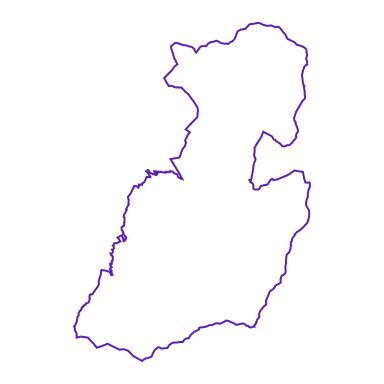 the district of Jidvei, Alba, Romania
{"feature_id": "2599482B43900513786531", "entity_name": "Jidvei", "entity_type": "district", "adm_level": 2, "iso_a3": "ROU", "parent_name": "Romania", "parent_adm1": "Alba", "projection": "albers", "projection_center": [24.101, 46.229], "detail": "fine", "context": "isolated", "style": "outline", "palette": "violet", "viewbox_px": 384, "rotation_deg": 0, "n_neighbors": 0, "source": "geoboundaries", "source_scale": "gbopen_adm2", "svg_char_len": 5966}
<svg xmlns="http://www.w3.org/2000/svg" viewBox="0 0 384 384"><path d="M254.5,326.7L254.5,325.0L255.5,324.2L256.0,322.6L256.4,322.7L256.7,321.7L256.8,320.2L259.5,316.6L259.1,315.7L259.3,313.2L260.1,311.3L262.9,307.5L264.4,305.9L266.1,304.6L266.0,300.5L268.6,294.6L269.7,291.5L273.6,288.7L274.8,287.1L275.0,286.2L276.2,285.1L279.5,283.5L280.8,282.4L280.5,281.1L280.6,279.3L281.6,275.9L283.9,274.6L285.1,273.4L285.7,271.9L285.3,266.4L286.0,263.4L286.2,257.1L286.8,254.5L289.4,252.2L289.5,251.0L290.0,250.2L290.5,248.6L290.8,246.0L291.1,245.5L291.1,245.1L290.7,244.7L291.1,241.8L291.6,241.6L292.4,238.3L294.7,235.1L295.1,234.0L296.7,232.2L300.0,230.1L302.9,227.5L307.1,223.1L308.1,220.5L309.2,215.6L309.2,210.8L306.3,205.8L306.2,204.5L305.9,203.6L306.9,198.7L307.5,197.8L307.9,196.2L307.7,194.5L308.6,189.5L309.8,187.2L309.9,184.0L309.4,182.4L307.7,182.7L305.4,182.5L304.0,177.9L302.9,171.9L294.9,170.7L294.6,170.5L287.9,175.0L277.0,179.5L273.5,180.1L272.2,178.8L271.3,179.1L269.2,181.7L268.3,183.5L267.6,184.3L266.1,185.0L265.2,184.9L260.8,186.1L260.1,187.0L259.7,188.3L259.2,189.0L258.0,189.6L256.7,189.4L255.1,189.6L254.3,189.4L253.5,188.7L253.3,187.7L253.4,186.2L252.9,183.9L252.0,182.9L251.0,182.6L250.0,181.6L249.5,180.4L249.5,179.8L251.1,180.2L253.3,168.5L253.3,166.5L254.2,162.5L255.1,161.0L255.5,159.5L255.3,158.3L254.3,156.1L254.2,154.3L254.7,150.8L254.5,147.4L255.3,146.7L255.9,145.3L261.1,137.3L263.3,131.8L271.9,136.3L273.6,139.3L275.2,140.0L276.0,141.0L280.2,143.7L282.5,146.3L284.4,146.3L285.9,145.9L287.1,145.2L289.0,145.2L289.7,144.9L292.2,142.6L293.2,141.0L294.5,139.9L296.1,137.6L296.2,137.3L296.0,135.7L296.2,134.8L296.7,133.4L297.9,131.7L298.0,130.9L297.4,128.0L295.5,123.4L295.7,122.4L294.2,120.1L294.1,117.6L294.8,115.9L296.0,112.0L302.7,100.5L304.3,99.2L304.9,98.3L305.2,97.1L305.1,96.4L304.6,94.4L304.8,92.3L303.8,86.3L304.3,85.9L303.5,84.9L302.7,81.6L302.5,78.7L301.9,75.3L303.2,69.8L303.5,69.4L304.2,66.9L306.1,65.0L307.3,64.5L306.8,60.5L306.4,59.8L306.2,58.5L307.2,55.0L306.5,53.1L306.6,51.0L306.3,49.5L305.4,48.3L303.3,46.9L298.5,45.1L297.0,44.9L296.5,44.6L294.7,42.3L287.4,38.8L285.0,34.0L282.8,31.8L281.8,30.2L279.8,27.8L278.3,26.8L275.6,27.2L270.8,25.4L268.2,25.8L266.3,25.7L262.9,24.7L260.0,23.3L257.9,23.0L249.4,24.4L247.6,26.5L246.4,27.6L245.7,28.5L244.0,29.3L243.4,29.0L242.3,29.6L241.2,29.4L238.4,30.8L237.8,31.3L237.2,32.3L236.0,35.7L234.4,39.3L232.6,41.1L229.9,42.5L228.1,44.0L226.7,43.6L224.3,43.7L220.7,43.0L218.5,41.5L216.2,40.7L213.4,41.8L211.3,41.9L208.4,43.3L206.2,46.1L201.8,46.2L200.4,46.8L196.2,52.5L195.7,52.3L193.9,48.7L191.7,46.9L189.1,46.5L188.3,46.0L185.7,45.3L183.5,45.2L178.4,43.4L175.8,42.9L174.6,43.2L170.9,46.5L171.7,50.2L172.5,51.9L174.2,58.3L175.2,59.7L176.2,62.1L177.4,64.2L174.2,66.9L171.9,70.3L164.2,78.0L167.3,83.8L168.9,86.1L170.2,85.8L171.3,85.9L172.9,86.2L174.0,87.0L176.4,87.5L177.5,87.2L178.7,87.6L180.5,87.4L181.6,87.7L181.9,88.3L182.5,88.6L185.4,91.8L188.7,94.6L194.4,102.6L196.9,106.6L197.7,108.5L198.0,110.7L197.6,113.1L197.4,116.5L197.2,117.2L188.1,126.6L185.7,129.4L189.8,132.2L188.6,133.6L185.5,139.4L185.1,140.9L186.0,142.6L184.8,146.4L183.8,147.4L183.3,148.0L183.2,148.5L182.6,149.1L181.2,152.4L181.0,153.5L179.8,156.5L179.8,157.0L179.3,157.5L170.5,159.1L180.4,175.3L181.1,177.5L182.1,178.3L182.4,179.1L178.8,177.7L178.0,176.7L177.1,174.4L174.0,173.1L172.8,171.7L171.8,171.3L170.1,171.2L170.1,171.9L168.6,172.2L165.8,171.7L165.6,172.7L160.3,171.8L160.3,172.0L154.3,171.2L154.5,172.2L155.1,172.9L156.4,173.0L157.4,172.8L157.7,173.4L156.6,174.8L155.9,175.1L155.3,175.0L154.9,174.1L154.3,173.8L153.2,174.3L150.8,173.2L149.6,172.0L148.4,170.2L147.6,170.1L146.1,171.2L148.5,173.6L149.2,175.1L150.4,176.6L150.3,177.2L146.5,177.0L145.1,180.7L144.3,181.9L143.3,182.9L142.0,183.5L141.9,184.8L138.9,184.6L138.6,187.6L138.4,187.8L137.4,186.6L136.6,186.2L133.9,186.1L133.8,187.2L132.7,189.0L130.8,193.3L127.8,197.1L128.7,199.8L128.4,203.5L128.4,204.0L128.8,204.3L126.1,209.0L126.8,209.8L126.8,210.1L126.3,210.6L124.9,213.4L124.0,214.5L123.7,216.9L124.5,217.4L124.4,222.4L124.1,222.5L124.2,225.5L123.2,225.7L123.2,226.4L121.7,227.1L121.5,227.6L121.7,230.0L123.2,231.9L123.3,232.5L123.0,232.7L123.5,233.9L125.3,236.6L125.9,236.8L126.2,237.5L126.1,238.5L125.3,238.6L124.9,240.6L123.6,241.1L122.9,238.1L121.7,235.2L117.5,237.6L118.5,238.6L120.3,241.4L117.5,242.8L113.8,243.5L113.7,245.5L113.0,245.7L113.7,246.6L113.8,248.7L113.3,249.4L112.1,249.6L112.9,250.9L112.8,252.1L112.1,253.4L110.5,253.5L111.1,255.1L112.8,256.3L112.7,260.4L111.7,260.9L112.0,262.0L111.7,263.3L110.5,263.5L111.3,264.4L110.2,265.1L111.4,266.8L111.7,266.9L111.7,267.4L110.5,267.7L110.6,268.9L110.0,269.4L110.7,270.3L111.6,270.7L111.6,271.4L111.2,271.9L112.5,274.8L111.3,275.2L109.8,271.9L104.6,270.4L101.3,270.1L100.6,275.2L98.8,280.5L98.9,284.1L97.6,286.9L93.8,291.9L92.5,294.3L91.5,294.5L90.9,294.2L89.8,294.8L89.4,297.6L89.8,298.9L88.7,302.3L87.6,303.0L86.0,303.4L85.6,304.6L84.5,305.0L83.9,305.5L83.0,307.0L82.6,306.7L81.7,307.5L81.7,308.0L81.4,308.4L81.6,309.2L80.6,310.5L79.7,311.0L79.7,311.4L78.6,313.0L78.8,315.0L77.7,316.7L77.3,317.9L76.9,321.6L75.6,324.1L75.0,325.9L74.1,326.3L74.9,328.6L75.1,330.8L76.2,332.3L76.6,334.2L76.6,337.6L80.7,336.6L88.0,337.6L90.5,340.7L93.6,343.6L96.7,347.7L101.3,346.3L107.5,343.8L119.5,349.7L123.8,349.2L128.3,350.9L133.2,356.0L142.2,361.0L143.4,359.8L145.9,358.4L149.2,357.6L151.5,356.7L152.9,353.3L154.8,349.9L158.1,347.3L159.5,347.4L161.8,348.7L167.5,347.9L169.0,345.3L171.2,343.6L173.4,342.6L175.4,342.4L176.5,342.6L180.3,341.9L182.7,342.1L184.6,339.4L186.6,338.4L188.6,338.3L190.6,335.1L192.9,332.9L194.5,331.7L198.9,329.6L199.0,328.0L199.6,327.6L204.6,327.0L207.4,326.1L209.6,325.1L211.9,325.2L214.1,324.0L216.7,323.2L217.7,323.2L219.5,323.9L223.0,322.4L225.9,320.6L229.1,321.0L230.0,321.8L233.9,323.2L235.5,324.6L237.1,324.8L240.4,323.9L243.1,323.5L245.5,324.6L246.5,325.8L248.4,326.0L249.1,327.0L250.9,327.5L253.2,326.6L254.5,326.7Z" fill="none" stroke="#5b21b6" stroke-width="2"/></svg>